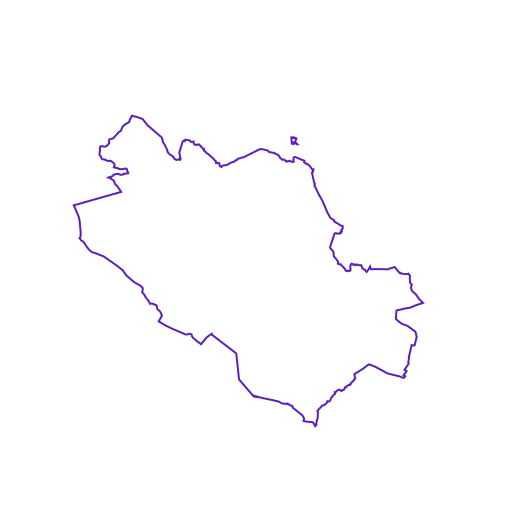 Zamora, Michoacán, Mexico (Mercator projection), rotated 211°
{"feature_id": "50627088B36959720964142", "entity_name": "Zamora", "entity_type": "district", "adm_level": 2, "iso_a3": "MEX", "parent_name": "Mexico", "parent_adm1": "Michoacán", "projection": "mercator", "projection_center": [-102.276, 20.024], "detail": "fine", "context": "isolated", "style": "outline", "palette": "violet", "viewbox_px": 512, "rotation_deg": 211, "n_neighbors": 0, "source": "geoboundaries", "source_scale": "gbopen_adm2", "svg_char_len": 6128}
<svg xmlns="http://www.w3.org/2000/svg" viewBox="0 0 512 512"><g transform="rotate(211 256 256)"><path d="M222.7,162.3L207.0,141.5L185.6,134.4L183.3,135.3L184.3,135.6L177.5,137.5L168.2,140.8L161.6,142.9L157.8,143.0L154.8,144.5L153.4,144.8L153.1,145.8L149.9,145.6L149.3,145.9L147.3,146.1L146.8,145.3L146.4,145.0L134.2,143.3L131.2,141.6L130.8,140.9L130.6,139.6L130.2,139.0L125.4,140.9L122.7,142.5L121.8,142.7L121.2,142.6L120.3,142.2L117.7,140.6L117.2,142.1L117.8,142.8L117.8,143.3L118.2,143.6L118.6,144.9L119.3,146.9L119.4,148.1L122.4,154.1L123.4,154.5L123.5,156.0L122.4,160.2L122.3,161.7L121.3,162.7L121.0,163.3L120.7,163.3L119.8,166.0L119.7,166.7L120.1,168.2L120.0,168.4L118.8,168.7L118.1,169.5L118.0,170.7L118.5,173.2L117.9,177.1L117.3,178.3L117.9,179.4L118.4,179.8L117.6,180.4L117.1,182.4L116.8,183.0L115.4,184.6L114.9,184.6L114.3,184.3L113.8,184.5L113.4,184.3L113.0,184.5L112.6,185.8L112.0,186.2L111.8,186.5L111.7,187.2L112.1,189.2L111.5,189.4L111.2,189.9L111.0,190.2L111.3,191.2L110.1,193.1L109.2,193.6L108.8,194.3L108.8,194.7L109.4,195.4L109.0,196.2L108.6,197.9L108.2,198.8L108.1,199.6L108.3,199.8L107.8,202.1L109.9,204.2L110.8,205.5L106.0,214.8L104.5,219.0L103.2,221.4L96.7,222.5L82.5,223.1L70.5,226.9L68.7,227.0L66.4,227.8L66.2,229.8L68.0,229.7L68.0,231.9L67.7,232.3L67.7,234.9L70.1,234.8L69.7,242.6L70.7,243.2L72.4,247.8L72.8,247.8L76.7,259.8L74.4,260.6L74.1,261.4L76.7,269.6L80.4,273.2L90.3,274.1L95.9,273.0L100.1,273.4L103.8,274.1L107.5,281.7L100.1,288.8L97.6,290.7L93.9,295.7L88.7,301.8L94.7,303.4L99.3,305.5L104.2,306.4L106.4,308.2L107.1,309.1L107.5,311.2L107.8,311.7L109.7,312.2L110.2,312.6L113.0,316.5L113.5,318.1L116.3,319.4L117.4,318.1L119.3,317.1L122.7,315.7L123.9,315.9L124.2,315.4L131.4,318.0L135.9,313.0L135.9,312.6L144.5,307.7L149.6,304.6L150.8,303.9L152.8,305.7L152.6,302.1L153.0,299.3L154.7,299.9L155.3,300.3L155.7,300.4L156.4,300.0L158.9,300.5L160.7,302.3L161.4,302.2L162.0,301.6L162.8,301.3L162.5,301.2L164.2,301.1L164.5,300.6L165.0,300.7L165.9,299.6L166.1,299.9L166.7,299.7L166.6,299.4L166.8,299.1L167.6,299.2L168.2,298.6L168.8,299.0L169.2,298.7L170.3,298.5L170.1,296.1L168.4,293.5L167.7,292.8L167.8,292.1L168.3,291.0L169.6,290.9L170.0,290.0L170.7,289.7L171.0,289.9L171.8,289.7L172.7,290.6L179.4,292.5L180.2,291.8L181.8,291.6L182.0,292.4L182.8,293.4L185.9,294.8L188.8,295.7L189.4,296.1L191.4,299.1L192.6,299.8L196.0,300.9L197.1,301.8L200.2,315.6L199.9,316.2L199.3,316.8L197.9,316.9L195.0,319.2L195.1,319.6L195.9,320.0L195.8,320.4L195.1,321.3L196.2,322.1L195.8,323.5L195.8,323.9L196.0,324.5L197.2,326.4L199.9,325.6L202.4,326.0L204.2,325.8L205.4,326.0L206.2,325.7L206.7,326.0L207.3,326.9L211.2,326.9L213.0,327.5L215.4,329.1L216.4,329.5L227.3,337.4L232.1,340.2L232.3,340.1L242.4,346.7L242.5,348.0L242.9,348.0L245.7,350.7L250.7,355.9L251.0,356.9L250.5,357.6L251.1,358.4L251.3,359.9L251.7,359.8L252.5,359.2L255.7,360.6L257.8,361.2L259.9,361.3L260.3,360.9L263.1,361.2L263.3,362.4L263.7,362.6L269.1,361.6L269.3,361.7L273.2,361.1L274.0,360.7L274.4,359.9L274.3,359.1L272.2,356.1L273.5,355.3L274.7,355.0L276.2,355.1L277.5,353.4L278.4,353.3L278.7,352.5L281.3,353.2L281.7,353.1L283.4,351.9L284.0,352.4L285.4,352.3L287.8,353.6L290.3,354.0L291.6,353.5L292.9,353.8L294.0,353.6L295.1,353.0L298.6,351.9L299.9,352.5L306.3,350.6L308.0,349.2L317.4,334.3L318.7,333.2L320.2,331.3L321.4,330.4L321.9,329.2L321.9,328.1L323.1,327.1L323.2,325.7L325.4,323.3L328.0,318.8L330.7,316.8L331.3,315.9L331.5,314.5L332.0,314.6L332.6,314.3L333.7,314.6L333.9,315.2L335.5,316.7L335.9,316.7L336.9,315.6L338.2,315.1L338.7,316.2L339.5,316.7L340.2,316.6L342.0,317.4L349.7,318.8L351.0,318.7L353.3,319.4L354.9,319.6L355.1,319.7L355.5,320.6L355.6,320.4L356.5,320.4L357.7,321.1L359.1,321.2L359.4,321.6L362.4,322.3L363.2,321.8L363.4,321.0L363.7,320.8L365.0,320.5L365.5,319.9L367.1,320.2L367.9,320.9L368.4,321.8L368.7,321.2L369.4,321.0L370.5,320.3L372.0,321.0L376.5,319.3L376.4,318.1L376.6,318.2L377.6,317.3L377.7,315.8L375.0,305.2L370.5,300.1L370.5,298.6L371.2,299.9L371.6,300.1L371.8,300.0L371.9,299.2L372.4,298.4L373.8,297.3L374.5,297.4L375.2,297.3L376.5,297.3L378.0,298.5L382.3,298.7L384.7,299.3L385.7,300.0L386.9,301.3L391.9,304.5L394.2,305.6L395.8,307.1L396.1,307.7L398.0,309.1L416.3,312.2L423.7,315.0L429.8,313.8L434.7,312.2L434.3,309.5L434.4,308.0L434.2,307.0L433.7,306.0L433.8,305.2L435.6,302.2L436.8,299.2L436.8,296.1L436.2,294.1L436.4,293.4L437.2,292.2L437.5,291.3L438.9,283.6L439.3,282.9L439.8,282.6L441.6,280.6L441.8,279.6L441.4,278.8L440.4,278.0L439.9,277.2L440.7,273.0L442.3,271.6L444.6,270.8L445.8,269.9L445.5,268.2L443.9,265.8L443.0,263.2L442.1,262.0L439.8,261.2L439.1,260.5L438.3,260.0L437.6,259.8L434.7,261.0L434.0,260.8L432.4,261.1L431.2,261.6L429.8,262.7L429.0,262.7L425.9,262.3L424.8,261.9L423.9,261.0L423.5,258.8L419.6,260.1L418.7,259.9L415.9,261.1L412.6,264.0L411.3,263.9L410.3,262.7L408.2,261.5L408.1,261.1L411.7,258.3L411.5,257.9L413.5,256.0L414.7,255.8L415.5,255.4L416.5,255.5L418.9,253.4L419.8,252.5L420.0,250.9L420.9,249.5L423.0,247.2L422.5,247.2L421.9,247.5L421.8,247.8L421.1,247.6L420.9,247.8L420.4,247.6L416.7,247.3L416.0,247.0L415.0,245.9L413.1,244.7L411.0,244.5L404.6,241.5L438.3,205.6L428.6,198.7L425.6,195.7L418.1,185.5L416.6,182.5L416.2,181.3L416.5,180.5L413.4,179.2L411.5,179.4L404.8,176.3L401.4,175.2L399.3,174.9L398.0,175.0L394.3,175.9L386.3,177.2L370.5,176.1L362.7,175.1L357.2,172.6L347.3,170.8L340.2,171.0L337.2,170.5L335.9,169.2L335.0,166.4L331.5,165.1L329.6,164.0L327.6,163.1L325.4,162.4L322.2,160.4L321.1,161.5L319.0,162.1L318.2,162.2L317.5,162.0L316.5,162.5L315.9,162.5L313.4,159.9L312.5,159.4L310.7,159.3L308.9,158.6L305.9,156.5L305.7,149.8L296.9,149.9L291.3,150.4L275.7,152.5L274.8,153.3L274.0,153.8L273.5,154.8L271.4,155.5L270.8,155.5L269.4,154.1L268.7,154.0L267.5,153.3L266.1,153.2L262.7,152.6L259.0,152.3L257.7,152.0L256.5,160.2L255.5,163.0L253.8,166.6L252.9,165.8L222.7,162.3ZM283.2,371.4L281.8,370.9L281.5,371.5L282.5,372.5L281.7,373.5L281.0,373.6L280.9,373.2L279.2,372.8L278.5,372.8L278.1,373.1L281.1,373.7L281.4,374.3L281.4,375.4L281.6,375.7L281.9,377.3L282.8,377.0L283.0,377.6L285.5,376.7L285.2,376.2L286.7,375.7L283.4,371.1L283.2,371.4Z" fill="none" stroke="#5b21b6" stroke-width="2"/></g></svg>